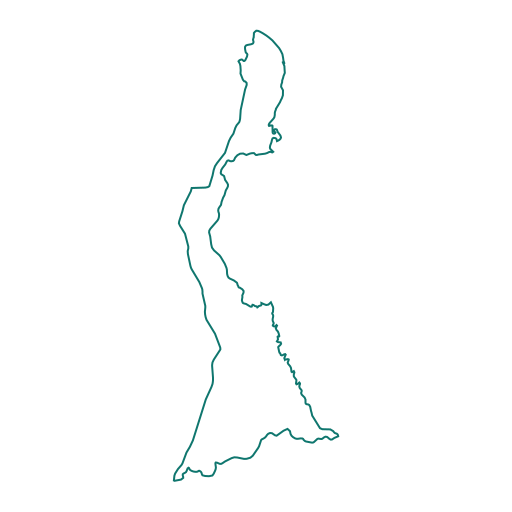 the Region of East Berbice-Corentyne
{"feature_id": "GUY-671", "entity_name": "East Berbice-Corentyne", "entity_type": "Region", "adm_level": 1, "iso_a3": "GUY", "parent_name": "Guyana", "parent_adm1": "", "projection": "robinson", "projection_center": [-57.523, 3.897], "detail": "fine", "context": "isolated", "style": "outline", "palette": "teal", "viewbox_px": 512, "rotation_deg": 0, "n_neighbors": 0, "source": "natural_earth", "source_scale": "10m", "svg_char_len": 6039}
<svg xmlns="http://www.w3.org/2000/svg" viewBox="0 0 512 512"><path d="M270.9,302.3L273.0,307.0L273.2,308.3L273.0,311.5L272.9,312.1L272.2,313.2L272.4,314.0L272.9,314.7L273.2,315.8L273.1,316.9L272.7,318.8L272.6,320.0L272.8,321.0L273.7,323.1L273.4,324.2L272.9,325.0L272.8,325.6L273.7,326.3L274.5,326.5L275.3,326.2L276.5,325.1L276.7,325.4L277.0,325.6L275.8,328.3L276.5,330.0L277.9,331.5L278.7,333.5L279.3,336.1L279.0,336.5L277.9,336.4L277.6,336.7L278.0,339.4L276.9,341.4L278.0,342.1L280.7,342.4L281.1,343.8L280.2,345.1L278.9,346.2L278.2,347.1L279.2,351.9L279.6,352.9L280.2,353.3L280.8,355.0L281.8,355.4L282.6,355.2L284.2,354.3L285.2,354.1L285.7,354.7L284.3,358.1L284.9,359.8L285.1,359.6L287.9,359.1L288.7,359.5L288.5,360.5L287.7,362.6L288.1,363.8L290.2,366.3L291.0,368.0L291.5,371.7L292.1,372.2L293.8,371.1L294.4,372.3L293.8,374.6L293.8,376.2L294.2,377.0L296.3,379.7L296.4,380.4L296.0,383.5L296.5,384.3L297.7,383.9L299.3,382.5L300.0,383.4L299.9,384.4L299.5,385.4L299.3,386.3L299.6,387.6L300.0,388.4L301.3,389.8L301.7,390.7L301.6,391.6L301.1,393.0L301.7,394.6L304.6,397.5L305.5,399.6L305.5,402.9L305.8,403.7L306.6,404.2L308.4,404.5L309.2,405.0L310.2,406.8L311.0,410.8L311.6,412.9L312.2,415.6L320.0,428.2L322.3,429.2L330.3,429.4L333.3,431.2L333.8,432.0L334.4,432.6L335.0,433.1L336.8,433.7L337.5,434.3L338.0,435.2L338.2,436.3L334.4,437.9L332.0,439.5L330.7,439.6L329.4,438.9L328.3,437.9L327.0,436.9L325.4,436.7L324.0,437.4L322.9,438.3L321.8,439.0L320.1,438.9L318.5,438.6L317.4,438.9L313.9,442.1L312.9,442.6L311.8,442.6L306.0,441.5L304.9,441.0L303.6,439.8L303.1,438.9L302.4,438.5L300.6,438.4L297.9,438.8L296.6,438.8L295.1,438.4L293.0,437.1L291.5,435.7L290.5,433.8L290.0,431.2L287.5,428.9L283.6,430.7L276.6,435.7L275.0,435.3L272.0,433.2L270.0,433.0L268.2,433.8L267.0,435.0L266.0,436.5L264.7,437.8L263.0,438.8L261.9,439.3L261.1,440.1L259.1,446.2L258.2,447.9L252.8,455.7L250.4,457.7L246.6,458.8L244.1,458.9L237.2,457.5L234.3,457.3L231.7,458.1L225.1,461.4L222.3,463.3L221.0,463.9L219.6,463.8L217.1,462.7L215.8,462.5L215.4,463.1L215.5,464.6L215.9,467.4L215.7,469.0L215.1,470.7L213.7,473.7L212.4,475.5L209.0,476.2L205.1,476.0L202.5,475.3L202.0,474.5L201.4,472.5L200.7,471.6L199.4,470.8L198.5,470.9L197.8,471.5L196.7,471.8L195.2,471.8L193.4,471.5L191.7,470.9L190.3,470.1L189.7,469.4L188.9,467.9L188.5,467.7L187.6,468.4L186.6,471.0L186.0,472.1L185.3,472.6L183.4,473.6L182.8,474.2L182.7,475.1L183.2,477.0L183.2,477.9L181.0,479.6L174.0,480.9L173.8,481.3L174.4,475.7L175.1,473.6L178.0,469.0L181.5,465.0L182.4,463.5L186.5,452.5L189.9,446.8L192.9,440.4L205.8,399.4L211.4,387.1L212.5,384.0L212.8,382.2L213.0,380.3L213.0,377.6L212.1,365.7L212.2,364.4L212.5,362.4L213.8,359.6L220.1,349.9L220.4,349.2L220.2,347.4L215.0,333.7L206.5,319.8L205.6,317.0L205.1,314.4L204.9,311.8L205.3,307.6L205.3,305.9L202.5,293.6L202.5,291.5L202.3,289.4L201.9,288.1L199.3,282.0L191.7,269.3L191.0,267.8L190.4,265.8L187.9,254.0L187.7,251.1L188.3,248.5L188.3,246.5L185.0,233.7L180.1,225.9L178.9,223.3L179.2,221.3L182.4,211.3L183.9,205.2L190.8,191.4L191.7,188.0L205.3,187.6L207.8,187.1L209.3,186.2L212.5,175.7L213.7,170.0L215.0,166.2L217.1,163.0L225.0,152.9L229.0,141.0L230.7,137.6L233.4,133.7L235.3,127.9L236.6,125.3L239.2,122.2L239.7,120.8L240.1,118.8L240.7,110.0L245.1,89.4L246.6,85.2L246.7,84.5L246.6,82.9L245.3,81.5L244.2,81.3L242.9,79.7L240.5,73.6L240.7,70.4L240.4,66.0L239.9,63.8L238.5,61.3L239.5,60.2L241.3,59.5L241.8,59.5L242.2,59.7L243.7,61.0L244.1,61.0L244.5,60.9L245.3,60.1L247.0,56.6L247.4,54.6L247.1,53.8L245.9,52.6L245.7,52.2L245.1,49.3L245.0,47.9L245.1,46.7L245.9,45.6L246.3,45.3L247.7,44.9L250.9,44.3L252.1,43.9L253.0,43.4L253.3,42.8L253.5,42.2L253.5,41.7L253.0,39.8L253.4,38.1L253.8,37.0L253.7,36.4L253.9,34.5L253.9,33.0L255.0,31.7L255.8,31.2L256.1,30.8L256.5,30.7L258.1,30.9L259.8,31.6L262.7,33.2L266.3,35.5L269.1,37.6L272.4,40.4L279.1,48.1L280.8,50.9L282.4,54.2L283.1,57.9L283.4,60.2L283.6,61.3L284.1,62.3L284.2,63.0L284.3,64.1L283.1,62.1L282.5,61.5L284.4,66.1L284.5,68.1L284.8,72.9L283.5,76.1L283.1,77.8L282.2,80.5L282.1,82.4L281.3,84.6L281.1,86.8L283.0,90.3L282.9,95.3L281.9,98.2L280.9,100.1L280.0,102.2L275.9,108.9L275.9,109.5L275.1,111.5L274.8,112.9L274.8,114.9L274.4,117.1L273.6,118.5L269.6,123.0L269.0,124.0L268.7,125.0L269.0,125.9L269.7,125.9L270.9,125.3L271.7,125.6L272.2,125.5L272.5,125.8L272.6,132.2L272.8,133.0L273.2,133.5L273.9,133.7L274.6,133.6L275.1,133.2L275.4,132.6L274.5,131.5L274.1,130.6L274.3,129.7L274.9,129.2L275.9,129.2L276.7,129.5L277.0,130.0L277.6,131.8L280.4,135.5L281.0,137.4L280.6,138.6L279.6,139.7L278.3,140.5L277.0,141.1L276.6,139.3L275.9,138.4L274.9,138.0L273.4,137.9L272.5,138.5L272.0,139.8L271.4,142.4L270.2,145.5L270.0,146.6L269.9,147.8L270.2,148.8L273.2,151.8L272.4,152.4L271.7,152.3L271.1,152.0L270.4,151.8L269.2,152.0L267.0,153.1L265.0,153.7L258.5,154.5L257.2,154.9L256.1,155.0L255.6,154.7L254.3,153.4L253.9,153.1L251.8,153.2L249.9,153.6L246.4,155.0L243.2,153.5L240.1,153.7L237.4,155.2L235.2,157.6L234.0,160.2L233.0,161.0L231.1,161.3L230.0,161.1L229.3,160.7L228.5,160.4L227.4,160.7L226.8,161.4L225.2,164.5L222.6,167.8L221.3,169.9L220.7,173.0L221.3,174.3L222.7,175.1L224.1,176.1L225.1,179.9L227.3,183.1L228.0,184.7L227.9,186.4L227.2,188.0L225.8,190.4L224.5,195.1L223.1,197.7L221.6,201.8L221.0,204.9L219.3,207.3L218.5,208.7L218.2,210.4L218.4,211.8L218.9,213.2L219.1,214.8L218.9,217.1L218.4,218.9L217.5,220.5L210.4,228.7L209.3,230.6L209.1,232.5L210.2,236.5L211.2,244.3L212.0,247.6L214.0,250.4L219.4,255.2L220.7,256.9L224.8,263.8L226.5,268.0L226.9,269.8L227.1,273.9L227.6,275.9L228.5,277.6L229.9,278.6L233.8,280.4L236.9,282.7L237.2,283.4L237.6,285.0L238.3,286.3L238.5,287.0L238.8,287.4L239.2,287.6L240.1,287.8L240.3,288.0L242.3,289.3L243.6,291.0L243.5,292.7L242.3,295.4L242.4,297.1L241.9,300.2L242.1,301.1L242.5,302.2L242.7,302.7L243.1,303.1L243.8,303.4L246.1,304.0L250.0,306.4L250.9,306.7L251.7,306.6L252.5,304.8L253.5,305.0L255.0,306.1L256.3,306.3L256.8,306.5L257.3,307.4L257.9,307.0L258.7,306.1L261.0,305.4L261.5,304.6L261.4,303.0L264.0,304.2L266.2,305.0L268.4,304.6L270.9,302.3Z" fill="none" stroke="#0f766e" stroke-width="2"/></svg>